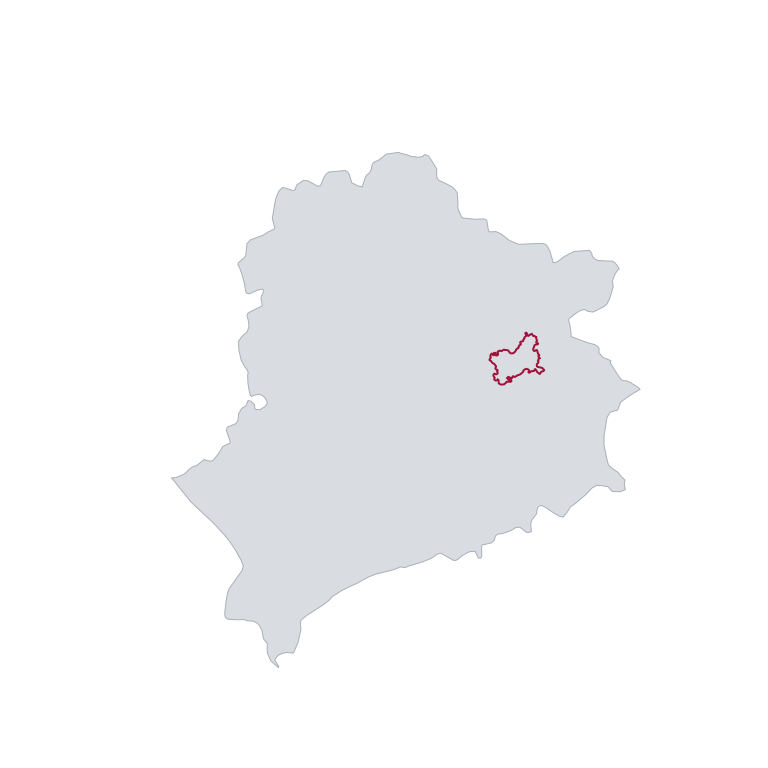 Rahachow, Gomel, Belarus shown in context, rotated 327°
{"feature_id": "67162791B93010244041694", "entity_name": "Rahachow", "entity_type": "district", "adm_level": 2, "iso_a3": "BLR", "parent_name": "Belarus", "parent_adm1": "Gomel", "projection": "albers", "projection_center": [30.185, 53.104], "detail": "fine", "context": "in_parent", "style": "outline", "palette": "rose", "viewbox_px": 768, "rotation_deg": 327, "n_neighbors": 0, "source": "geoboundaries", "source_scale": "gbopen_adm2", "svg_char_len": 8316}
<svg xmlns="http://www.w3.org/2000/svg" viewBox="0 0 768 768"><g transform="rotate(327 384 384)"><path d="M595.8,527.9L585.4,527.5L572.8,528.0L565.8,533.1L558.1,530.8L552.7,533.6L540.3,547.3L535.5,554.6L530.9,565.9L528.1,574.2L529.7,580.0L532.1,585.4L532.6,591.2L533.8,595.8L530.7,599.2L528.9,604.0L523.6,603.1L517.0,598.6L515.7,591.9L510.6,587.3L507.3,584.9L501.9,584.5L493.2,586.6L481.9,588.2L473.3,588.6L468.6,590.9L461.7,593.2L459.0,590.4L455.3,582.8L452.2,575.3L450.1,571.9L448.3,571.0L446.0,571.1L443.3,573.5L441.3,575.9L434.0,578.6L430.8,581.2L427.2,588.1L424.9,587.5L422.6,585.9L420.0,578.1L416.3,576.2L410.3,576.0L402.9,574.2L397.0,571.7L394.8,572.1L391.1,575.3L387.2,575.7L378.8,572.5L377.1,573.8L371.9,582.1L369.6,582.5L368.3,581.3L369.3,574.0L364.5,571.2L356.2,570.5L350.3,571.3L347.4,570.9L346.0,569.4L339.4,556.7L335.7,555.7L328.9,556.0L319.0,554.1L307.7,550.7L301.4,549.3L298.3,546.4L291.3,545.1L272.7,538.7L265.0,537.3L253.6,536.5L236.4,534.2L225.3,534.1L220.0,535.5L214.0,536.1L193.3,536.0L185.9,536.8L183.5,539.2L180.6,544.7L171.3,553.8L162.5,559.7L160.9,560.1L156.4,556.2L152.5,554.7L147.8,553.9L144.3,554.7L142.1,556.1L141.7,563.8L141.1,564.4L138.3,555.0L139.4,546.9L141.8,542.4L144.7,538.4L144.2,532.0L147.4,523.9L148.0,517.9L147.2,515.2L145.5,512.0L140.5,508.2L138.4,505.4L131.6,501.2L124.9,496.2L123.9,493.4L124.4,491.6L126.0,489.0L132.2,481.4L138.8,474.1L142.8,471.3L163.6,463.0L167.0,459.8L168.2,453.9L169.0,441.8L168.7,430.7L167.9,423.0L165.4,408.4L157.9,378.1L154.7,347.1L158.5,349.2L167.6,350.8L175.1,349.3L179.0,349.4L182.3,350.3L192.1,349.4L194.2,352.4L198.3,355.2L207.1,352.4L214.9,348.6L222.6,349.7L223.9,347.7L226.6,337.0L229.1,334.8L238.3,336.6L241.9,334.9L245.8,329.8L251.5,326.9L256.1,327.2L261.1,323.8L263.2,326.4L264.1,331.0L262.3,334.4L262.9,335.9L266.0,337.9L271.7,338.2L275.4,336.9L276.4,334.9L276.6,331.2L275.9,327.7L273.7,324.6L269.3,322.7L266.2,322.5L265.8,320.6L267.1,316.6L270.3,309.3L274.2,302.7L276.4,300.3L276.9,298.0L276.7,293.9L277.1,286.5L280.8,276.4L285.3,268.9L290.9,266.7L297.6,265.8L302.0,262.3L304.3,258.2L306.5,251.7L308.7,250.4L324.5,252.1L327.3,245.6L328.7,243.8L331.9,242.0L334.1,239.7L333.4,237.9L329.4,236.5L320.0,235.0L318.1,232.7L318.9,230.1L321.8,223.4L324.6,214.7L326.2,207.9L326.6,203.9L328.0,202.9L335.7,202.0L338.3,200.7L345.4,191.7L350.5,190.4L363.3,193.3L369.3,193.4L376.8,194.3L377.5,193.4L380.5,184.3L393.8,169.9L400.7,165.0L405.1,164.0L406.6,164.3L413.2,172.3L414.8,172.7L419.4,169.5L427.3,169.4L430.9,172.2L436.0,181.9L438.6,183.1L446.4,177.9L450.7,176.2L453.5,176.3L467.9,183.9L468.9,186.3L469.0,189.1L466.6,197.7L469.6,203.1L473.1,206.8L480.6,200.8L483.4,199.2L486.4,199.2L490.4,197.0L493.4,193.6L496.2,192.5L501.5,193.3L511.2,192.5L522.4,197.7L523.4,199.3L529.1,205.5L531.1,208.5L532.9,209.5L536.0,212.4L540.0,214.3L542.8,213.7L544.1,214.7L545.4,217.0L545.6,221.0L545.3,232.5L541.2,238.6L540.7,240.7L541.0,243.2L544.2,248.2L548.5,255.8L549.5,260.3L549.5,263.6L543.9,273.6L542.0,275.9L540.8,280.8L540.1,285.7L540.5,287.7L550.2,295.5L557.4,299.7L559.0,301.7L559.2,303.0L555.5,311.5L555.2,313.8L561.0,317.2L564.2,322.6L567.2,331.6L572.8,340.1L593.5,352.3L595.3,354.5L596.0,357.2L595.5,363.1L592.0,374.4L595.5,376.0L604.6,375.3L615.7,376.4L629.2,383.9L629.4,387.5L628.1,390.8L629.1,394.2L630.7,397.0L642.5,405.5L643.7,408.0L644.1,412.3L643.9,415.5L640.7,416.3L637.2,417.9L631.5,421.9L629.3,427.3L620.1,435.0L614.3,438.5L609.7,438.8L598.5,437.5L594.5,434.0L592.8,430.6L588.5,429.2L582.9,429.2L575.1,429.9L573.5,431.0L572.3,435.1L569.1,442.2L566.8,446.2L576.9,459.9L582.1,465.6L583.7,469.0L583.7,471.5L581.4,474.5L581.9,480.4L586.9,488.1L585.3,489.4L585.0,499.0L585.2,509.2L586.6,511.6L589.3,513.6L591.6,517.3L595.5,525.7L595.8,527.9Z" fill="#d9dde1" stroke="#a8b0b8" stroke-width="1"/><path d="M520.2,460.4L520.7,460.3L520.9,460.2L521.2,459.9L521.6,459.7L522.1,459.4L522.8,459.5L523.4,459.5L523.8,459.7L524.2,459.9L524.6,460.0L524.9,460.0L525.4,459.7L525.9,459.5L526.0,459.2L525.9,458.9L525.7,458.6L525.6,458.2L525.6,457.5L525.6,457.1L525.3,456.5L524.9,456.1L524.3,455.5L523.7,454.8L522.9,454.0L522.6,453.7L522.2,453.3L521.9,452.5L522.0,452.4L522.2,452.1L522.3,451.7L522.5,451.1L523.1,450.7L523.6,450.4L524.2,450.3L524.9,450.2L525.3,449.9L525.6,449.5L525.6,449.0L525.7,448.5L526.2,448.4L526.7,447.9L526.9,447.4L527.4,447.0L528.0,447.1L528.7,447.2L528.7,446.6L528.6,445.8L528.6,445.3L528.6,444.8L529.0,444.5L529.5,444.4L529.8,444.4L530.0,443.7L529.8,443.3L529.7,442.6L529.8,442.0L530.0,441.4L530.1,441.0L530.3,440.5L530.5,440.0L530.6,439.5L530.7,439.1L530.6,438.8L530.2,438.6L529.8,438.5L529.3,438.4L528.5,438.4L528.0,438.2L527.8,437.7L527.8,436.6L528.3,435.8L529.3,435.1L530.1,434.4L530.7,434.1L531.1,433.7L531.7,433.4L532.5,433.4L533.0,433.8L533.5,434.0L534.5,434.4L535.1,434.2L535.2,433.7L534.9,433.1L534.5,432.2L534.5,431.7L535.1,431.4L535.4,431.3L536.0,431.0L536.0,430.4L536.2,429.7L536.4,429.1L536.7,428.5L536.9,428.1L537.3,427.6L537.2,427.3L537.0,427.1L536.6,426.8L536.4,425.7L536.2,425.7L535.6,425.2L535.3,424.8L535.3,424.2L535.3,423.5L535.3,422.5L533.8,422.2L532.0,422.3L531.1,422.2L530.9,421.4L531.3,420.5L531.3,419.8L531.4,419.2L531.2,418.4L530.6,418.2L530.0,418.7L530.0,419.4L529.9,420.1L529.8,420.5L529.3,420.9L528.8,421.2L528.2,421.3L527.5,421.3L527.1,421.5L526.8,421.9L526.6,422.2L526.3,422.4L525.7,422.5L524.9,422.7L524.6,423.2L524.2,423.7L523.6,423.8L523.1,423.5L522.5,423.3L521.8,423.1L521.1,423.1L520.9,423.2L520.6,423.7L520.7,424.5L520.6,424.9L520.4,425.2L519.8,425.5L519.2,425.3L518.9,425.3L518.2,425.4L517.1,426.0L517.0,426.5L516.6,426.9L516.2,427.0L515.5,427.0L514.2,426.9L513.5,427.2L513.0,427.7L512.1,428.0L511.3,428.3L510.5,428.5L509.3,428.5L508.2,428.2L507.6,427.8L506.9,427.1L506.5,425.8L506.5,424.4L506.4,423.6L505.8,422.7L504.1,421.4L503.5,420.8L502.8,420.4L502.3,420.4L501.6,420.4L500.6,420.4L500.2,420.3L499.7,419.5L499.1,419.0L498.0,418.9L497.1,418.7L496.6,419.3L496.5,420.0L496.3,420.5L496.0,421.1L495.5,421.5L495.4,421.5L494.8,421.7L494.4,421.6L493.6,421.2L493.6,420.8L493.7,420.4L494.2,419.9L494.4,419.4L494.5,418.8L493.8,418.1L493.3,417.9L493.1,418.2L492.9,418.6L492.6,419.2L492.2,419.5L491.7,419.7L491.3,419.3L491.2,419.0L491.2,418.5L491.3,417.7L490.9,417.2L490.5,417.2L489.6,417.5L489.1,417.8L488.8,418.1L488.5,418.3L488.2,418.7L488.2,419.3L488.1,419.8L487.7,420.2L487.3,420.3L486.6,420.5L486.1,420.7L485.6,421.3L485.6,421.7L485.9,422.5L486.3,422.9L486.3,423.9L486.3,424.5L486.5,425.5L486.8,426.2L487.2,426.7L487.4,427.4L487.5,428.2L487.4,429.0L487.5,429.4L487.7,429.9L487.3,430.5L486.8,430.9L486.1,431.4L485.8,431.8L485.9,432.3L486.1,433.0L486.7,433.8L486.8,434.3L486.3,434.8L485.6,435.1L485.6,436.2L485.2,436.8L484.7,437.1L484.0,437.2L483.1,436.8L482.9,436.4L482.3,435.5L481.3,435.6L480.9,435.8L480.4,436.4L480.2,437.1L480.2,437.9L480.2,438.5L480.2,439.0L479.8,439.5L479.3,439.7L479.1,439.9L479.0,440.8L479.3,441.5L479.7,442.0L480.5,442.3L481.3,442.3L481.9,442.1L482.1,442.8L482.0,443.5L481.7,444.0L481.4,444.5L481.0,445.3L480.6,446.0L480.9,446.7L481.1,447.1L481.5,447.8L481.9,448.2L482.5,448.6L482.9,448.9L484.1,449.4L484.5,449.7L485.3,449.5L486.0,449.5L486.4,449.5L487.3,449.3L487.6,449.0L487.8,448.9L488.2,448.9L488.6,449.2L489.5,449.8L490.1,450.1L490.4,450.4L490.8,450.7L491.4,451.1L492.2,451.1L492.5,450.9L492.6,450.3L492.6,449.8L492.5,449.3L492.1,449.0L491.5,448.8L491.1,448.7L490.8,448.2L490.7,447.7L490.7,447.4L490.8,446.8L490.4,446.1L490.7,445.9L491.0,446.0L491.6,446.0L491.8,445.8L492.0,445.7L492.3,445.8L492.6,446.2L492.7,446.9L492.8,447.2L493.1,447.5L493.5,447.7L493.8,448.3L493.8,448.8L494.4,448.8L494.7,448.6L495.1,448.3L495.4,448.1L495.6,448.0L496.4,447.8L496.8,448.1L496.8,448.6L497.4,449.2L498.1,449.5L499.0,449.4L499.6,449.4L500.6,449.5L501.6,449.6L502.1,449.8L502.9,450.0L503.6,450.1L504.2,450.1L505.1,449.9L505.9,449.8L506.6,449.7L507.3,449.6L507.6,449.4L508.0,449.0L508.3,448.6L509.0,448.5L510.0,448.5L510.9,448.6L511.7,448.8L512.0,449.2L512.4,449.8L513.0,450.6L513.1,451.4L513.0,452.2L512.5,452.3L512.2,452.4L511.7,452.6L511.6,453.2L512.0,453.6L512.6,453.7L513.4,453.7L514.0,453.6L514.5,453.6L515.0,453.8L515.7,454.1L516.5,454.6L517.2,454.6L517.6,454.5L518.0,454.2L518.4,453.8L518.7,453.8L518.9,453.9L519.1,454.5L519.1,455.3L519.0,456.1L519.0,456.9L519.1,457.8L519.3,458.5L519.6,459.3L520.0,460.0L520.2,460.4L520.2,460.4Z" fill="none" stroke="#9f1239" stroke-width="2"/></g></svg>